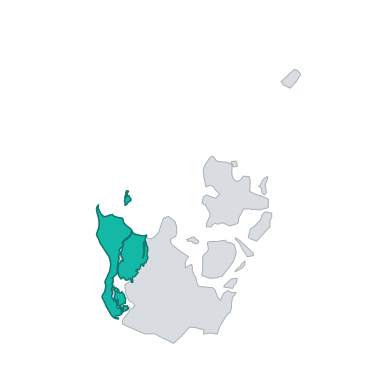 where Nordjylland sits in Denmark, rotated 289°
{"feature_id": "DNK-3418", "entity_name": "Nordjylland", "entity_type": "Region", "adm_level": 1, "iso_a3": "DNK", "parent_name": "Denmark", "parent_adm1": "", "projection": "natural_earth1", "projection_center": [9.42, 57.153], "detail": "fine", "context": "in_parent", "style": "filled", "palette": "teal", "viewbox_px": 384, "rotation_deg": 289, "n_neighbors": 0, "source": "natural_earth", "source_scale": "10m", "svg_char_len": 8952}
<svg xmlns="http://www.w3.org/2000/svg" viewBox="0 0 384 384"><g transform="rotate(289 192 192)"><path d="M111.2,266.2L110.6,266.2L107.9,265.7L105.9,264.5L100.9,265.4L94.2,267.2L90.5,267.1L87.6,265.1L75.5,262.3L73.5,262.0L65.6,261.9L65.2,257.4L64.2,254.1L61.4,249.2L65.6,248.1L64.8,238.6L63.3,233.7L51.8,228.7L42.8,223.8L45.0,207.3L45.9,202.9L42.6,194.3L43.0,184.4L44.5,168.9L47.4,168.3L49.5,168.4L57.6,171.2L60.9,171.5L63.2,173.9L65.9,175.0L67.9,172.3L68.7,167.8L75.1,162.0L79.6,159.8L82.7,158.8L85.8,161.1L88.1,163.8L88.7,158.0L90.6,147.0L84.5,145.2L79.6,146.7L74.6,153.7L70.2,162.5L63.1,163.3L57.4,165.8L52.3,163.2L49.0,160.9L48.9,157.6L49.7,155.6L55.8,148.4L63.8,141.6L72.0,141.6L77.9,139.5L81.4,139.2L92.5,139.7L98.1,138.2L103.2,135.0L114.1,121.7L120.3,116.2L132.7,114.3L144.2,107.9L147.4,107.8L142.0,112.5L141.2,114.4L140.5,117.2L144.4,123.3L143.6,127.1L144.0,134.4L140.3,138.3L136.2,146.5L134.4,147.7L134.1,157.2L134.5,159.5L134.0,168.2L138.2,171.7L142.8,173.6L157.8,173.5L159.4,175.1L161.2,177.8L159.9,182.4L158.3,185.8L154.0,188.8L148.4,190.9L144.9,191.0L140.2,186.9L137.9,188.2L135.6,190.3L131.8,201.6L129.9,209.3L128.9,209.9L126.7,208.8L122.9,208.7L118.1,210.5L120.6,212.1L123.2,214.9L122.1,216.4L117.9,217.9L114.1,221.0L112.6,223.3L107.8,226.1L104.8,229.6L106.3,234.0L106.9,237.8L108.3,242.0L107.1,245.4L101.2,250.2L99.0,254.4L104.1,254.4L107.2,255.4L109.0,256.6L110.9,258.4L109.7,260.5L111.2,266.2ZM231.2,213.7L231.4,219.1L230.4,220.7L228.8,221.8L224.5,222.9L220.9,224.4L217.6,227.2L216.5,231.1L219.1,233.9L223.8,235.5L225.1,240.9L221.2,243.6L211.4,246.3L210.4,252.8L210.8,257.9L210.7,261.6L210.0,266.7L202.0,269.1L196.7,261.2L196.6,258.1L195.0,254.5L194.7,251.3L192.8,246.4L185.2,245.0L182.2,244.8L178.1,245.8L177.1,245.4L172.1,238.6L172.9,231.1L170.2,227.3L169.8,225.6L169.9,223.7L167.7,222.2L165.1,221.3L163.8,217.1L166.8,216.1L174.2,216.6L176.4,216.3L178.3,215.4L184.3,208.5L184.1,207.0L184.7,205.0L191.2,204.3L194.1,207.0L193.6,211.2L194.0,216.7L198.0,218.2L199.5,218.4L201.1,214.4L202.2,212.4L203.8,211.3L204.2,207.6L203.3,205.4L201.3,203.7L208.6,199.1L216.1,195.5L220.5,195.3L225.0,196.2L229.1,197.4L231.4,198.4L232.7,200.1L230.0,204.2L229.2,206.4L231.2,213.7ZM149.6,223.2L151.4,226.1L153.6,232.2L157.2,239.0L155.7,241.8L156.7,245.5L155.8,249.3L148.9,253.7L141.2,253.9L133.2,251.8L121.8,247.7L120.9,245.3L119.3,244.1L116.2,237.0L116.3,228.4L122.0,227.3L134.4,223.2L137.2,223.8L140.2,225.9L143.7,226.1L148.7,223.1L149.6,223.2ZM180.5,262.5L188.1,266.0L193.2,265.8L196.7,267.2L197.5,269.4L197.9,274.2L194.3,275.6L190.2,275.1L184.7,277.0L166.6,269.1L166.8,262.5L167.5,259.9L176.1,259.2L180.5,262.5ZM339.4,255.4L337.9,256.3L330.8,254.8L322.1,251.0L323.1,243.6L325.3,240.3L341.1,248.7L341.4,251.8L339.4,255.4ZM153.7,270.3L151.8,270.6L149.2,266.1L148.9,264.8L151.9,261.9L153.8,258.7L158.9,253.7L161.7,248.0L162.8,248.0L161.6,253.2L155.1,267.6L153.7,270.3ZM124.9,262.8L120.5,263.6L118.2,262.3L114.1,261.8L112.5,253.3L113.0,252.8L115.1,253.4L122.3,257.3L124.8,261.7L124.9,262.8ZM231.2,258.5L229.5,259.3L223.0,258.7L215.6,262.5L212.8,261.3L213.8,258.9L214.6,258.0L217.1,257.0L218.7,255.4L219.3,253.1L220.9,254.4L225.5,254.9L227.7,255.6L229.6,256.7L231.2,258.5ZM148.0,213.8L147.2,214.7L144.6,213.7L144.2,210.2L145.3,207.0L144.0,204.2L145.3,202.4L149.1,206.6L150.2,208.6L148.8,211.0L148.0,213.8ZM166.1,133.9L164.4,135.2L158.6,133.4L161.2,130.9L167.5,129.8L171.2,130.1L167.2,132.6L166.1,133.9ZM143.0,265.0L140.2,265.5L136.9,264.3L131.5,259.8L130.9,258.6L133.7,259.4L137.1,261.8L140.0,262.3L143.9,264.3L143.0,265.0ZM235.5,224.0L231.6,226.3L230.7,226.2L229.3,223.0L231.4,221.0L232.6,219.4L233.5,219.4L234.7,221.2L235.5,224.0Z" fill="#d9dde1" stroke="#a8b0b8" stroke-width="1"/><path d="M93.6,165.5L92.7,164.1L92.3,163.8L92.1,163.7L91.3,163.7L89.6,164.3L89.1,164.7L88.2,165.1L87.3,165.2L87.0,164.5L87.4,163.8L89.4,163.0L89.8,162.1L90.1,161.3L90.0,160.9L88.9,160.7L88.5,160.4L88.1,160.0L87.8,159.7L87.6,159.3L87.4,158.8L87.2,158.1L87.3,157.4L87.5,157.3L88.5,156.2L88.6,155.9L88.8,155.7L88.7,155.0L88.5,154.4L88.3,154.1L87.8,154.0L87.4,153.9L86.7,153.3L87.5,152.0L88.3,150.9L89.2,150.0L90.5,149.1L90.8,149.0L91.1,148.9L91.4,148.9L91.7,148.7L91.9,147.9L92.0,147.8L98.3,146.3L99.7,146.3L104.6,147.8L104.6,148.2L104.0,148.4L104.0,148.8L104.3,149.1L104.9,149.3L105.5,149.2L105.9,149.0L107.4,147.2L108.1,146.3L108.9,145.5L110.5,145.1L111.9,144.4L113.9,144.8L118.4,144.4L115.9,142.8L114.7,142.5L113.8,142.0L113.4,141.8L113.0,142.0L111.5,143.4L110.7,144.0L109.8,144.3L109.1,143.9L108.3,143.3L107.5,143.5L106.0,144.4L104.3,144.9L100.7,145.0L91.0,147.4L90.2,147.5L89.4,147.2L84.7,144.4L85.0,145.1L84.6,145.5L83.2,145.9L82.2,146.5L81.7,146.6L81.0,146.7L81.2,146.3L80.5,146.0L79.7,146.1L79.0,146.5L78.3,147.1L77.6,147.0L76.8,147.6L76.0,148.2L75.7,148.3L75.4,147.6L74.5,147.3L73.6,147.4L72.9,147.8L73.5,148.2L71.9,149.2L69.9,150.0L68.4,149.7L67.4,149.9L66.4,150.2L65.9,150.6L65.7,151.6L65.1,152.3L64.5,152.7L63.9,153.3L63.7,154.9L63.6,155.0L63.5,155.5L63.3,155.8L63.1,156.0L61.7,157.4L60.8,157.5L60.3,157.7L60.1,158.0L59.8,158.2L59.1,158.4L58.4,158.8L58.1,159.5L58.4,161.3L58.4,162.2L57.8,162.7L57.8,163.0L59.4,162.9L59.8,163.0L60.1,163.7L59.9,164.1L59.3,164.4L58.8,164.5L58.3,164.4L57.3,163.9L56.8,163.7L56.3,163.8L55.4,164.3L54.9,164.5L54.9,164.9L56.9,164.5L57.5,164.6L58.4,165.1L58.8,165.2L61.8,164.3L62.4,164.5L62.5,164.9L62.4,165.9L62.4,166.4L63.0,167.1L63.3,167.6L62.7,168.4L62.2,168.8L61.7,169.0L61.1,169.0L60.7,169.2L60.7,169.4L61.2,169.7L60.4,169.7L59.2,168.9L58.2,167.9L57.7,167.3L57.4,166.5L56.4,165.8L55.2,165.4L54.1,165.2L53.4,164.9L52.5,164.3L51.7,163.4L51.1,162.7L50.7,160.7L50.4,160.4L49.8,160.3L48.7,159.7L48.0,159.7L48.6,161.7L48.8,162.8L48.7,163.6L48.0,163.7L47.7,162.5L47.6,160.0L48.2,157.8L49.1,156.1L56.7,147.4L59.0,145.7L62.5,141.8L63.8,141.0L65.3,141.0L68.8,141.8L70.8,141.9L74.6,141.3L76.3,140.7L78.3,139.1L79.1,138.9L89.6,140.0L93.4,139.6L97.2,138.7L100.8,136.9L104.0,134.5L113.0,122.8L114.6,121.1L117.5,118.9L118.9,116.9L119.5,116.7L120.5,115.6L122.5,115.4L126.4,115.6L130.2,115.1L133.6,114.0L136.5,112.5L141.6,108.9L144.4,107.4L145.5,107.1L146.8,107.0L148.0,107.2L149.0,107.8L146.7,108.4L144.6,109.8L141.2,113.5L139.9,116.8L141.1,119.2L143.2,121.4L144.8,124.1L143.6,126.4L143.7,129.3L144.6,134.8L143.9,135.6L141.7,136.7L140.7,137.6L139.3,139.8L138.6,141.3L138.1,143.6L137.1,146.2L136.6,147.1L136.2,147.4L135.9,147.6L135.4,147.7L133.4,147.7L132.8,147.8L132.1,148.0L128.5,146.3L125.9,144.3L124.2,143.8L122.8,142.8L121.7,142.6L120.9,142.9L119.7,144.3L118.9,144.4L119.7,144.5L120.6,143.7L121.3,143.3L122.0,143.1L122.9,143.3L127.1,146.4L128.5,146.9L130.1,147.9L131.0,148.2L134.4,148.2L135.2,148.5L134.0,149.6L133.8,150.0L133.6,150.7L133.3,152.2L133.2,152.6L133.5,153.5L134.0,156.3L134.2,158.4L134.5,159.6L135.5,161.9L135.9,162.3L136.3,162.6L136.4,162.9L135.8,163.4L135.5,163.4L134.5,163.1L133.9,163.0L132.0,163.0L131.4,163.2L130.6,163.7L129.9,163.2L129.1,162.8L128.2,162.7L127.1,163.0L126.2,163.5L125.8,163.6L125.1,163.7L124.5,164.0L123.2,164.7L121.6,165.1L119.7,166.1L113.8,166.7L113.8,167.1L115.8,167.4L122.1,166.0L123.5,165.3L124.1,165.2L124.3,165.1L124.3,164.9L124.4,164.6L124.7,164.5L125.0,164.5L125.6,164.8L125.8,164.9L126.3,164.8L126.8,164.6L127.2,164.3L127.4,163.9L127.7,163.2L128.4,163.1L129.8,163.4L129.7,163.6L129.4,164.1L130.2,164.2L128.8,165.3L126.8,166.5L125.4,167.9L122.5,169.2L120.0,169.4L119.0,169.6L117.3,170.3L115.9,171.5L114.2,171.7L113.4,171.6L112.3,171.2L110.5,171.5L108.4,169.8L107.0,170.4L106.2,170.2L106.5,169.0L107.6,168.1L106.7,167.5L101.9,167.5L100.8,166.5L101.0,165.2L100.4,164.7L99.2,164.7L98.9,165.2L99.2,166.0L98.2,167.2L96.6,166.6L93.6,165.5ZM72.5,161.5L71.9,162.0L70.2,163.0L70.0,163.9L66.6,164.6L65.4,165.1L65.0,164.9L63.9,163.1L63.4,162.7L62.4,161.9L61.4,161.5L61.1,161.5L59.8,161.8L59.4,161.8L59.5,161.2L59.7,160.9L60.0,160.6L60.4,160.5L60.8,160.4L61.0,160.2L60.9,159.6L60.8,159.1L60.7,158.9L61.9,158.3L64.8,158.0L65.9,157.0L65.4,157.1L64.8,157.0L64.3,156.9L63.9,156.7L64.1,156.2L65.0,155.4L65.3,154.8L65.2,154.9L65.1,154.4L65.1,153.5L65.2,153.3L65.5,153.3L65.9,153.4L66.2,153.3L67.4,153.0L69.9,152.7L71.1,152.2L72.0,152.5L72.9,151.7L74.3,149.6L75.3,150.1L75.9,149.4L76.3,148.7L76.9,148.9L76.6,149.3L76.1,150.0L76.0,150.4L76.1,150.6L76.5,151.4L76.6,151.8L76.0,153.7L75.7,154.4L75.4,154.6L75.1,154.8L75.1,154.2L74.9,153.8L74.6,153.5L74.3,153.3L73.3,153.9L73.1,154.1L73.0,154.7L73.1,155.0L73.3,155.3L73.4,155.6L73.7,157.4L74.1,157.9L74.8,158.2L74.6,158.4L74.3,158.5L74.0,158.6L73.7,158.6L74.0,158.7L74.3,158.9L73.7,159.5L73.1,160.8L72.5,161.5ZM169.9,129.6L171.0,129.6L171.5,129.7L171.9,130.0L172.2,130.7L172.2,131.2L171.9,131.7L170.9,131.5L169.9,131.3L166.7,131.8L167.4,132.2L167.9,133.1L167.8,133.9L166.8,134.7L166.2,135.4L165.9,136.1L165.2,136.7L163.9,136.9L163.0,136.4L161.9,135.0L160.4,134.8L159.3,134.3L158.5,133.8L157.8,133.3L157.8,132.9L159.3,132.7L160.6,131.8L161.7,131.1L163.4,131.1L164.3,130.8L165.1,130.3L168.2,130.3L169.9,129.6Z" fill="#14b8a6" stroke="#0f766e" stroke-width="1.5"/></g></svg>